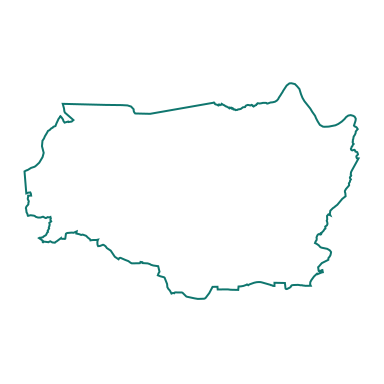 the district of Piojó, Atlántico, Colombia, rotated 179°
{"feature_id": "7082276B86748293561123", "entity_name": "Piojó", "entity_type": "district", "adm_level": 2, "iso_a3": "COL", "parent_name": "Colombia", "parent_adm1": "Atlántico", "projection": "orthographic", "projection_center": [-75.155, 10.743], "detail": "fine", "context": "isolated", "style": "outline", "palette": "teal", "viewbox_px": 384, "rotation_deg": 179, "n_neighbors": 0, "source": "geoboundaries", "source_scale": "gbopen_adm2", "svg_char_len": 5925}
<svg xmlns="http://www.w3.org/2000/svg" viewBox="0 0 384 384"><g transform="rotate(179 192 192)"><path d="M74.9,96.2L75.5,97.6L75.3,99.8L74.2,101.8L71.5,105.4L68.4,108.2L68.1,108.2L67.9,107.7L63.7,109.3L62.6,109.5L63.0,111.7L63.5,111.6L63.6,111.3L64.9,111.0L65.2,110.6L65.6,110.7L66.1,110.5L66.3,110.6L66.2,111.1L66.8,111.3L67.2,114.6L66.8,114.9L63.5,118.6L56.9,121.8L56.8,123.2L56.6,123.8L55.5,125.0L54.7,126.4L54.3,127.9L54.0,129.5L54.6,130.4L55.3,131.3L57.8,132.8L63.1,134.0L64.0,134.3L65.0,135.0L66.1,136.4L68.3,138.0L69.9,138.8L69.2,140.5L68.3,141.7L68.1,143.1L68.3,144.4L67.4,146.5L66.7,147.3L65.9,147.7L64.7,147.3L64.5,148.0L64.3,148.3L63.6,147.9L63.5,148.8L63.0,148.9L62.8,149.1L62.4,149.8L61.4,150.6L60.0,152.7L59.5,152.9L59.2,153.2L59.2,153.6L59.4,155.1L57.7,156.3L57.1,157.7L57.3,159.5L57.8,160.9L57.3,162.2L57.4,165.7L56.1,167.2L55.6,166.8L55.2,166.9L54.1,166.3L54.6,167.5L54.0,170.9L51.5,173.3L49.7,174.5L49.2,175.0L46.9,176.7L41.9,182.5L38.5,185.1L38.7,188.1L39.1,189.3L39.1,190.4L38.0,192.3L34.8,195.9L34.8,196.5L35.0,197.9L34.0,199.3L33.7,200.8L32.9,201.8L33.7,203.0L33.9,203.4L33.4,204.8L32.9,205.0L32.5,205.9L33.0,206.9L32.7,208.4L32.7,208.9L31.9,210.5L24.9,222.7L26.6,222.9L27.1,224.3L26.9,225.1L25.4,226.6L25.5,227.3L26.1,228.9L26.5,229.2L27.8,229.5L28.0,229.8L28.3,230.8L28.8,231.3L29.7,231.2L30.9,230.8L31.6,231.0L32.2,231.6L32.4,232.4L31.8,233.5L31.5,234.6L30.9,235.0L30.3,236.5L29.8,236.8L29.5,237.2L29.6,237.4L30.2,238.0L30.5,238.7L30.5,239.4L30.2,239.9L30.3,241.2L29.9,242.0L29.4,244.6L28.2,246.3L27.4,248.0L27.2,249.7L25.2,252.0L26.2,253.6L27.1,254.3L28.3,254.8L28.9,255.6L27.4,259.9L27.1,261.2L27.0,262.5L28.1,264.5L29.6,265.4L32.0,266.1L34.4,265.7L36.6,264.2L38.2,262.3L41.0,259.8L44.5,257.5L47.4,256.2L54.1,255.0L58.4,254.9L60.0,255.1L63.0,256.9L65.1,260.4L66.7,263.6L67.6,266.0L70.4,270.1L72.3,273.4L78.0,280.8L79.9,284.2L81.3,287.9L82.8,293.1L85.1,295.9L87.2,298.1L90.7,299.0L92.7,298.9L95.5,296.8L99.0,291.7L100.0,289.9L100.9,288.7L101.4,287.8L103.5,284.8L104.2,283.4L105.6,281.9L107.5,280.8L109.7,280.3L112.0,280.1L114.6,279.2L115.4,279.1L116.0,279.7L116.5,279.8L119.4,279.9L121.2,279.5L122.8,279.3L124.8,279.6L125.2,279.3L125.4,278.8L125.9,278.6L126.3,277.8L127.3,277.5L127.9,277.0L128.5,276.8L128.9,276.4L129.8,276.9L130.0,277.7L130.7,278.0L131.1,278.1L131.8,277.6L132.3,277.5L133.1,277.8L134.7,278.1L136.4,277.5L137.0,276.9L137.5,276.0L139.6,275.8L141.8,274.2L143.2,273.9L144.5,273.8L145.1,273.3L146.0,273.3L146.9,273.1L147.7,273.8L148.2,273.6L149.2,273.8L149.6,274.2L149.3,274.6L149.5,274.8L149.9,275.1L150.6,274.8L150.7,275.3L151.0,275.6L152.0,275.4L152.7,275.8L152.8,275.8L152.9,275.5L152.8,275.0L153.1,274.9L154.0,275.8L155.2,276.3L155.9,276.9L156.9,277.1L158.2,278.2L159.1,278.4L159.9,279.1L160.8,279.6L160.9,279.3L161.5,278.6L162.4,278.6L162.6,278.4L163.4,279.1L163.7,279.0L164.3,278.1L165.6,278.9L166.2,279.0L167.1,279.3L167.7,279.8L168.0,280.7L168.5,281.1L168.8,280.9L232.5,270.9L247.4,271.5L248.1,272.3L248.6,273.2L248.9,274.2L248.9,275.7L251.4,278.5L255.0,279.7L260.6,280.1L277.2,280.6L319.7,282.4L318.5,277.7L318.2,274.9L317.7,273.6L309.3,266.0L311.1,264.5L314.3,264.1L314.6,264.6L318.2,263.6L319.4,265.4L319.7,266.7L321.0,268.7L322.2,270.1L322.7,269.7L322.8,269.0L324.0,267.7L326.3,263.0L327.4,260.3L329.5,259.6L330.1,258.8L331.7,258.0L333.3,256.4L334.9,255.6L336.2,253.3L338.1,250.3L339.1,248.0L340.6,245.9L341.2,240.4L339.6,233.7L340.8,229.5L344.2,224.0L347.4,221.1L348.9,220.0L352.5,218.9L355.5,217.1L356.6,216.6L357.0,216.6L359.1,215.5L357.7,193.5L355.8,194.2L353.7,194.4L353.1,193.0L352.9,191.2L355.9,191.2L355.9,190.1L356.3,188.6L356.3,187.8L356.1,187.1L355.7,186.6L355.4,185.6L355.4,185.0L355.8,184.2L355.8,182.7L356.4,181.8L357.5,180.7L358.0,179.9L358.4,178.8L358.1,177.6L357.8,174.6L357.0,173.1L356.6,171.3L356.4,171.0L353.8,171.6L350.5,171.1L349.7,170.8L348.6,169.9L346.6,169.2L344.0,169.1L341.4,169.9L338.9,168.5L338.1,168.6L336.8,169.4L335.4,169.1L334.5,169.3L334.0,169.5L333.8,168.4L333.6,168.2L334.1,166.6L334.0,166.2L333.6,165.7L333.3,165.0L335.2,163.7L335.1,162.8L334.9,162.3L334.9,161.4L335.2,160.9L335.2,160.3L335.8,159.1L335.8,158.6L335.5,158.1L337.0,155.6L336.7,154.6L337.5,153.9L338.2,152.6L338.5,151.9L339.0,151.3L340.3,150.6L340.7,150.3L341.1,150.2L341.8,149.4L344.2,148.9L345.3,148.9L345.8,148.6L342.3,146.1L341.9,145.7L342.2,145.1L342.1,144.5L341.8,144.3L340.8,144.9L340.3,144.9L336.3,144.3L335.6,144.8L334.6,145.2L332.5,144.0L330.0,143.7L329.3,144.4L328.2,145.0L323.9,148.1L323.9,147.7L323.6,147.8L322.6,147.4L321.7,147.5L320.4,147.3L319.7,147.4L319.5,147.6L318.8,152.4L318.6,152.6L317.5,153.2L312.9,153.5L311.1,153.3L308.0,154.6L308.4,152.5L305.2,151.7L303.6,151.0L302.0,151.3L298.8,150.1L298.2,149.6L297.0,148.3L294.9,146.6L294.6,146.2L294.4,145.4L292.4,145.7L288.3,145.7L286.8,146.0L287.1,145.4L287.5,143.6L287.4,140.9L286.8,139.5L285.1,139.6L281.9,140.8L281.2,140.6L279.4,139.3L278.1,137.4L274.3,134.8L270.3,128.6L266.6,126.0L265.9,127.1L265.2,127.4L264.6,127.4L259.8,125.2L256.8,124.0L254.6,122.3L253.4,121.7L245.4,121.7L244.9,122.3L244.7,123.0L242.9,122.7L242.8,121.8L237.6,121.4L235.5,120.7L234.2,119.9L232.0,119.2L227.1,118.4L225.9,112.8L227.0,111.1L227.3,110.0L227.6,109.3L225.2,108.3L221.6,107.3L220.9,106.8L218.5,100.4L218.3,97.3L217.3,95.5L216.3,94.4L215.6,93.4L214.3,90.8L212.8,91.4L211.5,91.1L211.2,91.6L210.7,91.9L203.9,91.7L203.2,91.4L199.6,87.7L199.0,87.4L191.2,85.6L188.0,85.0L181.8,85.1L181.1,85.3L180.2,85.9L176.5,90.6L173.1,96.8L168.2,96.8L168.0,94.1L157.8,94.0L155.1,93.6L147.5,93.3L147.1,96.7L144.7,96.8L142.2,97.2L139.0,98.3L138.6,98.6L137.4,97.8L136.2,98.6L131.4,100.2L128.9,100.7L126.8,100.8L124.9,100.7L123.4,100.3L115.5,97.9L114.5,97.4L113.9,97.4L112.6,96.7L111.2,96.6L111.1,99.8L100.7,99.4L100.2,94.0L100.0,93.6L99.1,93.3L98.6,93.4L95.9,94.7L95.0,95.4L94.6,96.0L94.5,96.4L94.0,96.9L92.5,97.2L87.6,97.3L84.7,96.8L83.7,96.9L82.6,96.5L81.7,96.5L80.4,96.2L74.9,96.2Z" fill="none" stroke="#0f766e" stroke-width="2"/></g></svg>